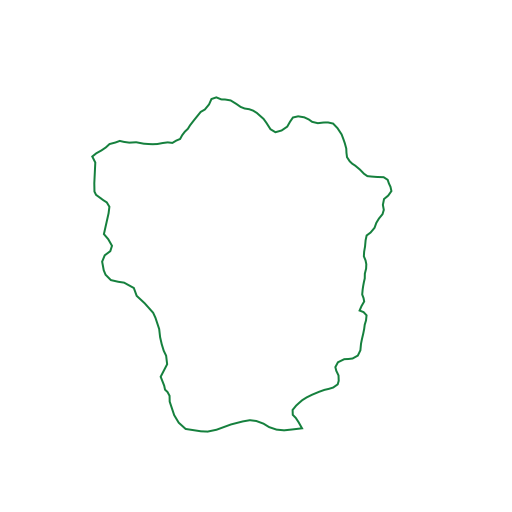 outline of Ipiaçu, Minas Gerais, Brazil, rotated 239°
{"feature_id": "56859067B82454060377741", "entity_name": "Ipiaçu", "entity_type": "district", "adm_level": 2, "iso_a3": "BRA", "parent_name": "Brazil", "parent_adm1": "Minas Gerais", "projection": "natural_earth1", "projection_center": [-49.93, -18.707], "detail": "fine", "context": "isolated", "style": "outline", "palette": "green", "viewbox_px": 512, "rotation_deg": 239, "n_neighbors": 0, "source": "geoboundaries", "source_scale": "gbopen_adm2", "svg_char_len": 2416}
<svg xmlns="http://www.w3.org/2000/svg" viewBox="0 0 512 512"><g transform="rotate(239 256 256)"><path d="M329.8,390.3L333.4,386.5L335.6,382.7L338.0,377.4L342.1,373.2L345.8,371.6L350.0,368.8L354.0,364.1L355.7,359.0L353.6,354.4L350.8,349.4L350.4,342.6L352.1,336.4L357.2,333.7L364.7,333.5L369.6,333.1L373.4,331.9L378.2,330.4L382.1,328.4L385.3,325.8L388.3,322.2L391.7,319.6L396.4,317.5L402.4,314.4L406.0,310.2L408.1,306.9L412.4,303.7L413.5,298.7L410.1,293.8L407.9,287.6L408.0,282.8L406.5,278.7L404.3,272.7L402.0,266.8L400.1,263.1L399.2,259.0L397.6,255.0L395.4,251.2L396.0,247.1L396.0,242.6L398.9,238.8L400.9,234.2L402.8,229.1L405.1,224.9L407.3,221.6L410.1,217.6L415.2,211.9L418.4,205.8L421.8,201.6L424.8,198.5L425.7,193.9L427.4,188.1L426.4,183.2L426.1,177.9L426.3,172.0L425.6,166.9L418.9,166.4L401.7,154.9L394.4,150.7L390.8,150.4L382.4,153.9L378.8,155.7L373.7,155.7L368.5,151.6L353.1,136.9L346.5,138.0L338.9,137.8L335.2,133.6L334.5,126.7L330.4,121.2L322.1,118.1L317.4,117.4L310.1,119.2L304.9,124.6L301.1,129.2L291.5,134.8L283.3,133.2L272.9,136.2L260.3,138.6L254.9,138.0L243.3,135.4L235.8,132.0L229.1,129.8L222.3,128.1L216.8,127.6L209.0,124.1L201.6,112.1L192.1,110.5L188.3,109.2L185.0,110.1L180.7,109.9L175.6,107.0L161.7,103.9L152.9,103.9L144.0,106.6L134.1,118.5L130.4,124.1L127.4,132.7L124.5,147.8L121.0,159.5L118.4,166.2L114.4,171.3L108.4,176.1L102.6,179.1L96.6,184.2L92.1,190.3L88.7,197.6L84.6,206.7L91.5,206.9L96.7,206.7L100.9,205.7L105.2,208.1L107.1,213.4L107.9,217.4L108.6,221.4L108.7,226.6L108.2,232.7L107.1,240.2L106.0,245.7L104.6,250.0L103.5,254.4L103.9,259.9L106.4,262.6L111.1,265.2L116.3,265.7L119.9,266.8L122.7,271.5L122.1,278.5L120.1,282.2L118.4,286.0L118.2,292.0L121.4,296.9L126.8,300.9L130.4,304.2L134.3,308.0L137.7,311.1L141.1,313.8L144.1,317.1L148.2,320.2L152.5,319.3L155.9,316.7L158.7,320.6L161.3,325.3L164.5,326.5L168.3,327.2L172.4,330.2L175.3,332.6L178.0,335.0L180.8,337.7L184.8,340.2L188.5,343.9L192.1,346.3L195.7,347.6L200.2,348.3L204.1,351.0L207.9,354.3L213.1,358.1L216.6,361.4L217.1,366.3L219.1,372.1L222.5,376.3L224.8,380.7L226.7,386.0L229.7,389.3L234.5,391.1L238.9,395.1L239.7,400.5L241.9,405.5L246.0,406.9L249.8,407.3L253.5,408.1L257.8,406.0L261.7,400.0L264.7,395.8L267.1,392.6L270.9,390.9L276.5,389.6L282.3,387.6L285.6,386.0L288.9,385.1L293.8,384.9L297.9,386.7L301.6,388.7L306.9,390.2L311.2,391.1L316.1,392.0L323.6,391.7L329.8,390.3Z" fill="none" stroke="#15803d" stroke-width="2"/></g></svg>